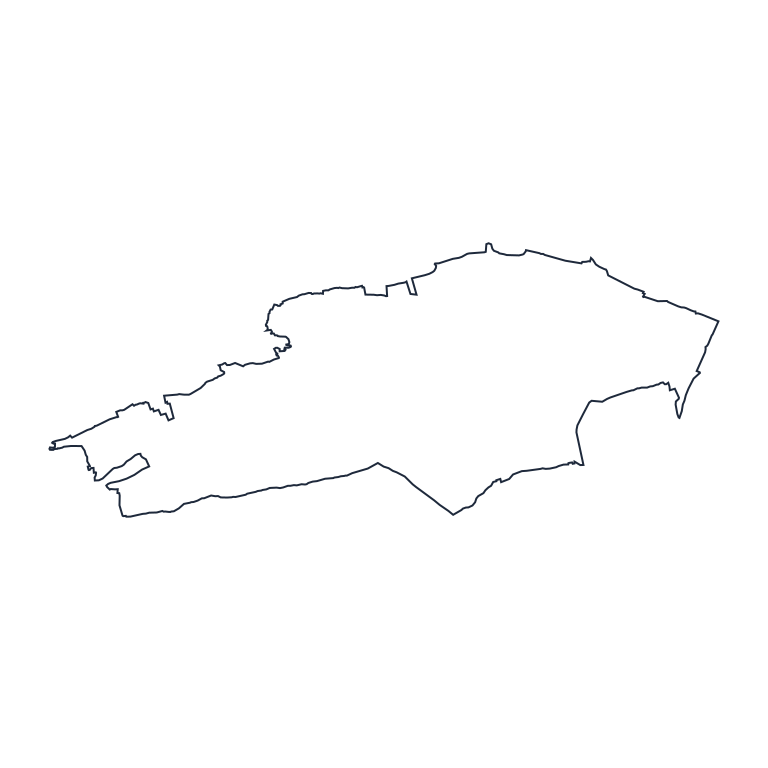 the district of Poienesti, Vaslui, Romania, rotated 93°
{"feature_id": "2599482B16648644353731", "entity_name": "Poienesti", "entity_type": "district", "adm_level": 2, "iso_a3": "ROU", "parent_name": "Romania", "parent_adm1": "Vaslui", "projection": "orthographic", "projection_center": [27.554, 46.58], "detail": "fine", "context": "isolated", "style": "outline", "palette": "slate", "viewbox_px": 768, "rotation_deg": 93, "n_neighbors": 0, "source": "geoboundaries", "source_scale": "gbopen_adm2", "svg_char_len": 6128}
<svg xmlns="http://www.w3.org/2000/svg" viewBox="0 0 768 768"><g transform="rotate(93 384 384)"><path d="M460.1,712.3L460.9,710.9L460.8,709.4L464.0,709.3L464.5,709.6L465.0,711.8L464.8,714.2L466.3,714.7L467.2,714.1L467.1,710.8L466.2,709.7L465.8,706.8L465.2,706.2L465.4,705.4L464.4,702.0L463.4,700.4L462.3,693.4L461.8,682.8L466.2,679.5L470.3,678.1L472.4,676.6L476.8,676.3L481.1,673.5L481.4,673.4L482.0,675.5L485.1,674.6L485.4,674.3L485.2,673.4L483.3,672.0L483.0,669.7L487.8,669.1L487.3,667.2L487.7,666.9L490.4,667.1L492.6,668.1L495.5,667.7L495.1,663.7L493.1,660.0L483.0,650.4L482.0,648.9L481.6,646.4L479.7,641.6L478.2,639.6L474.8,637.0L472.2,633.1L468.2,628.8L466.8,625.9L466.5,623.6L468.2,623.1L469.8,621.6L471.7,617.8L478.6,614.2L482.1,621.1L487.8,628.5L492.0,636.1L494.9,643.5L497.0,651.8L498.2,654.2L499.9,656.0L501.4,655.1L503.8,652.3L503.2,651.4L503.3,647.1L503.0,644.4L506.8,644.5L506.9,642.7L509.3,642.1L519.0,641.8L528.4,638.5L529.3,638.1L529.6,637.4L529.2,634.9L530.0,634.4L529.7,630.3L526.3,618.1L525.9,615.0L524.8,611.7L524.2,604.2L522.4,598.7L523.0,597.4L522.8,595.7L523.0,592.6L523.0,590.7L522.5,589.8L522.1,587.2L518.9,582.3L514.2,577.5L512.7,571.5L512.1,570.4L511.8,568.0L510.2,564.0L507.7,559.9L507.5,557.6L504.4,550.8L504.9,546.6L504.6,543.9L505.8,541.1L505.6,534.8L505.1,530.2L504.6,528.8L504.6,526.3L501.8,516.3L500.7,514.9L498.4,506.4L497.5,504.6L496.8,500.9L496.2,499.8L495.4,496.0L493.8,492.7L493.1,485.8L493.4,482.4L492.6,479.3L490.7,474.7L490.6,472.3L489.7,468.7L489.8,465.8L488.4,461.1L488.5,457.6L488.1,456.0L486.8,454.4L485.2,450.1L484.5,445.9L481.7,437.9L480.6,429.6L480.0,428.7L479.3,424.8L478.4,422.3L477.9,418.9L477.5,417.8L477.4,416.2L474.7,411.1L469.3,395.8L463.2,386.0L466.5,380.0L467.8,375.0L470.3,370.6L471.5,366.8L475.3,358.4L482.7,350.1L485.2,346.6L497.5,327.9L501.8,322.1L507.4,313.0L511.0,308.1L505.8,300.1L504.3,298.7L503.1,295.8L502.8,293.2L500.7,289.3L497.3,286.8L493.5,285.8L491.0,284.0L487.8,279.0L484.8,277.2L481.8,274.3L480.0,271.7L476.1,269.8L475.2,266.7L474.2,266.8L472.7,262.9L475.9,261.9L472.3,254.0L467.6,250.4L463.8,241.8L463.2,236.9L460.6,223.3L459.9,221.2L460.3,218.1L459.8,214.0L458.1,207.7L456.8,205.3L455.1,200.5L454.7,195.8L453.4,195.7L453.1,194.9L452.5,192.1L453.8,191.4L453.4,189.7L451.5,189.7L454.7,183.7L454.4,180.6L422.2,189.3L419.3,189.3L415.2,188.7L403.7,183.6L391.8,178.1L389.9,175.8L390.3,165.1L387.2,160.4L385.6,157.2L379.2,141.3L377.4,136.2L377.2,134.6L375.1,130.8L375.0,129.2L374.1,126.5L373.8,121.0L372.5,118.1L372.1,115.4L370.4,111.8L370.1,109.9L368.5,107.9L367.8,105.5L369.5,103.6L369.5,103.1L369.4,102.1L367.9,100.2L371.5,98.8L375.3,98.2L373.5,93.3L382.3,88.7L383.4,88.9L386.2,91.6L389.3,91.7L398.6,89.5L402.0,88.0L402.4,87.2L395.5,85.2L388.8,84.5L385.0,83.1L379.3,82.0L372.4,79.6L362.4,75.1L356.4,69.1L355.8,69.3L354.7,72.4L335.5,65.0L332.3,64.6L330.3,64.9L328.8,63.2L326.8,62.2L318.2,59.2L317.4,58.5L303.9,53.3L298.0,70.3L297.0,74.1L297.3,76.3L295.3,76.8L295.3,78.4L294.3,81.6L292.4,86.3L291.9,88.3L291.9,91.1L291.1,94.2L287.2,104.6L286.3,105.7L287.0,114.9L283.3,128.4L283.6,129.5L283.2,129.9L280.4,128.4L279.7,130.2L278.3,129.6L276.4,135.6L275.7,139.0L263.8,165.8L259.6,167.3L258.1,168.3L257.7,170.0L255.6,175.2L253.5,178.7L249.2,181.8L247.3,183.9L250.8,184.7L250.7,186.2L251.4,188.7L251.7,192.4L253.2,193.1L251.4,209.3L246.7,230.2L245.8,231.8L245.9,234.1L245.2,235.7L242.9,249.2L244.1,249.4L247.0,251.4L247.5,252.5L248.5,255.9L248.8,268.1L248.1,271.1L247.5,275.7L246.6,276.8L245.2,281.2L243.2,282.9L238.9,284.3L238.0,286.9L239.0,289.1L246.7,289.3L247.2,290.6L249.1,305.7L249.7,307.8L252.9,312.9L254.1,315.8L255.4,321.8L260.6,335.5L261.0,339.3L261.6,339.6L263.3,338.1L265.4,338.3L268.3,339.7L269.7,341.3L271.6,344.6L273.2,348.9L277.0,361.7L293.1,356.2L292.7,362.3L280.5,366.9L281.3,367.9L281.9,369.8L283.0,375.0L284.4,378.7L285.8,384.4L286.1,386.6L296.0,385.5L296.2,386.6L295.6,388.3L295.2,391.9L295.7,395.6L295.4,399.0L295.7,407.2L288.7,408.9L288.3,409.7L288.7,410.6L287.1,411.1L287.2,411.5L288.8,416.0L288.6,417.6L289.4,418.4L289.5,420.8L290.4,424.8L290.5,430.9L290.0,433.5L290.6,434.7L290.4,435.9L290.8,438.5L292.4,443.1L293.4,444.4L293.5,447.0L294.2,449.7L297.1,449.7L296.7,452.1L297.1,453.3L297.0,455.1L297.3,458.8L297.9,459.8L297.8,461.0L297.0,461.5L297.0,464.0L298.5,468.2L298.7,470.1L300.2,473.7L301.7,475.4L303.9,483.0L307.1,489.5L308.9,489.4L309.8,491.5L310.7,491.4L311.4,492.0L311.5,494.1L310.8,494.9L310.4,497.7L315.4,499.5L315.6,501.1L317.8,502.1L319.2,502.0L320.1,503.0L326.0,503.1L326.9,503.9L328.2,503.8L331.1,505.1L332.2,504.8L332.4,503.8L332.9,503.5L335.0,503.0L336.0,503.2L336.7,504.0L335.9,499.9L337.5,498.7L338.9,498.9L339.3,499.6L339.6,499.5L339.8,499.3L339.3,497.9L339.4,496.6L341.1,495.5L341.0,493.8L341.2,492.9L341.7,492.6L342.0,490.4L341.9,484.9L342.1,484.3L344.2,481.8L347.1,480.7L348.9,481.1L349.6,482.9L349.7,484.4L350.4,482.7L350.5,479.3L351.2,478.9L351.9,479.2L352.8,481.1L352.9,485.0L354.3,485.3L354.4,484.5L354.9,484.1L356.2,485.0L356.8,489.9L354.5,490.0L353.4,492.5L353.5,493.9L354.7,495.6L358.1,493.6L359.3,492.1L360.1,492.3L360.2,493.1L360.7,492.9L361.1,492.7L360.9,491.9L361.2,491.5L363.0,490.3L363.6,490.4L365.3,495.2L367.9,499.7L367.7,500.9L370.1,506.9L370.6,512.7L370.0,516.1L370.4,518.9L372.1,523.8L373.7,525.6L370.8,533.8L373.1,539.0L373.3,541.8L371.4,543.6L371.6,544.6L373.0,546.6L374.0,550.0L375.1,548.8L378.8,547.8L380.4,544.3L381.6,544.1L382.4,544.6L384.3,547.6L385.1,550.0L386.3,550.8L387.3,553.4L388.8,555.2L390.9,560.8L392.2,562.4L393.3,562.9L397.6,566.9L404.1,576.7L404.9,578.3L405.1,583.5L404.8,588.0L405.4,589.8L407.2,603.0L414.1,601.2L413.2,599.7L415.1,599.2L414.8,596.9L429.1,592.3L431.6,597.3L425.0,600.5L426.6,605.2L421.6,607.8L423.4,612.4L420.7,613.5L421.6,615.8L415.3,618.4L414.5,621.3L415.2,622.2L415.4,623.4L416.2,623.3L416.0,626.3L416.3,627.4L417.5,629.8L417.7,631.0L418.8,632.5L417.4,634.1L423.4,642.1L424.0,643.9L424.1,646.1L425.9,649.9L430.7,647.8L431.0,648.3L431.1,649.4L433.6,656.1L440.7,668.8L441.1,670.6L441.9,670.9L444.0,673.9L445.5,677.9L453.9,692.7L452.0,694.7L453.8,696.7L455.5,699.8L458.0,708.6L459.3,711.8L460.1,712.3Z" fill="none" stroke="#1e293b" stroke-width="2"/></g></svg>